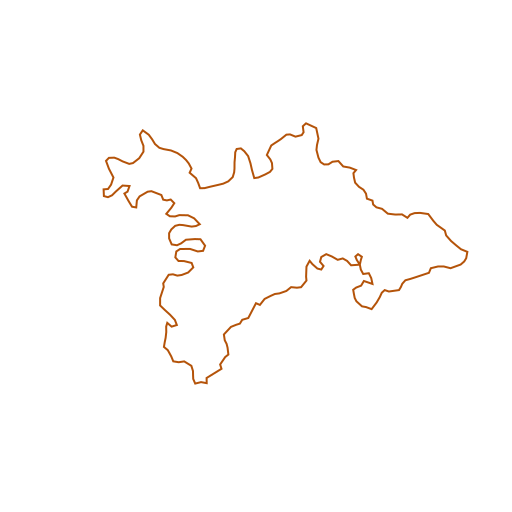 Itapejara d'Oeste, Paraná, Brazil (Natural Earth projection), rotated 303°
{"feature_id": "56859067B76387511794293", "entity_name": "Itapejara d'Oeste", "entity_type": "district", "adm_level": 2, "iso_a3": "BRA", "parent_name": "Brazil", "parent_adm1": "Paraná", "projection": "natural_earth1", "projection_center": [-52.828, -25.984], "detail": "fine", "context": "isolated", "style": "outline", "palette": "amber", "viewbox_px": 512, "rotation_deg": 303, "n_neighbors": 0, "source": "geoboundaries", "source_scale": "gbopen_adm2", "svg_char_len": 3511}
<svg xmlns="http://www.w3.org/2000/svg" viewBox="0 0 512 512"><g transform="rotate(303 256 256)"><path d="M305.3,347.8L301.7,351.3L299.3,355.7L303.0,360.0L300.2,364.7L296.0,368.9L293.8,360.1L288.4,360.3L284.1,357.2L280.6,355.9L277.8,358.5L274.6,361.6L272.7,364.9L271.5,372.3L273.1,376.1L274.4,381.9L282.7,382.5L289.0,382.2L293.7,381.5L297.5,382.5L298.6,386.8L305.3,394.5L308.9,394.4L312.4,393.8L317.0,394.5L320.8,397.9L324.6,401.0L336.1,410.2L341.0,409.3L346.4,414.4L349.5,419.2L351.7,425.8L360.3,432.3L364.8,433.6L368.6,433.5L374.6,431.0L373.3,424.2L373.9,418.4L374.8,411.5L376.8,404.3L380.2,400.5L380.4,395.8L380.6,390.6L382.1,385.5L385.0,377.6L381.5,370.1L378.3,365.6L374.7,362.8L370.5,362.2L370.4,355.8L366.6,350.2L363.3,343.5L364.2,336.0L362.4,330.5L363.0,326.2L365.9,323.5L364.5,317.8L368.2,314.3L370.1,310.0L370.1,304.7L371.5,299.2L375.2,295.4L378.5,292.6L382.6,293.1L381.2,286.5L378.6,280.4L380.5,273.4L376.7,268.8L372.3,266.8L369.9,263.3L369.9,259.1L372.5,254.8L377.9,248.9L382.3,246.7L388.4,244.5L396.1,236.8L394.5,225.7L390.3,224.6L385.7,228.5L382.3,228.5L377.6,224.1L376.5,218.3L374.3,215.4L367.6,213.2L364.5,211.9L361.0,210.3L357.0,208.6L346.6,210.1L344.8,215.4L342.6,218.8L338.0,222.3L334.1,221.9L329.4,219.3L323.1,215.2L320.4,212.1L326.0,205.7L330.7,200.9L335.5,195.0L337.5,189.1L338.0,184.7L335.2,181.5L331.7,182.1L327.2,184.7L323.0,186.9L317.5,190.4L314.3,192.1L309.5,193.5L303.5,192.1L298.8,189.1L295.1,185.6L289.0,179.7L284.9,175.9L282.4,172.2L285.8,167.7L288.6,163.3L289.7,155.0L294.2,154.3L297.0,149.2L298.4,145.1L299.3,140.5L299.5,134.0L298.2,127.2L295.3,120.2L294.1,116.0L294.9,110.3L297.3,105.3L299.3,100.0L299.7,92.6L294.6,92.5L290.6,96.7L287.1,101.6L282.2,104.8L278.0,104.8L274.4,104.8L266.9,102.2L264.2,99.5L262.7,92.6L262.2,87.6L261.3,83.6L258.2,79.2L254.1,78.4L249.1,85.1L244.2,93.7L236.9,95.6L231.6,95.4L228.9,91.9L223.4,95.8L224.7,99.8L228.5,102.2L233.6,103.3L242.4,105.7L245.8,111.8L240.0,113.2L236.7,111.6L232.7,119.2L229.8,125.2L231.5,129.1L237.8,125.8L242.6,125.9L250.9,130.1L253.4,133.0L255.6,143.4L252.7,147.5L254.1,151.0L256.9,153.7L255.8,158.7L250.3,158.7L242.5,157.8L242.4,162.1L245.1,166.6L248.5,169.4L253.1,176.8L253.9,183.6L252.0,191.5L248.4,189.3L245.6,186.0L242.2,178.0L240.4,174.7L237.3,171.8L232.2,170.5L227.8,170.7L223.4,173.6L219.8,179.0L222.0,183.9L225.8,186.3L231.5,188.4L236.9,195.5L239.8,200.3L236.9,207.7L231.5,208.8L228.1,204.7L226.0,196.8L220.5,188.5L216.4,186.7L210.9,189.1L209.6,193.7L212.5,198.3L215.1,205.8L212.3,209.6L205.2,208.1L199.6,204.0L196.7,200.7L195.4,196.3L192.7,193.0L182.5,193.1L179.8,195.5L168.5,198.5L162.3,202.5L161.0,209.3L159.9,216.0L158.2,222.8L155.0,227.2L150.8,223.7L151.6,218.0L147.9,219.1L143.3,222.2L138.1,224.8L134.0,226.4L129.6,228.3L129.0,233.3L125.7,239.5L122.6,244.0L124.8,249.0L128.5,253.2L128.7,261.6L125.2,265.8L122.1,267.9L118.7,270.3L115.9,274.5L120.3,278.6L122.5,283.9L126.8,281.0L142.6,288.5L145.5,285.0L154.5,285.2L158.3,286.5L163.6,282.1L166.3,279.2L168.3,275.7L172.7,271.8L177.8,272.7L182.9,273.6L187.6,276.9L190.5,279.3L195.0,279.2L199.8,283.3L216.4,281.7L217.1,285.9L224.7,286.6L230.5,290.0L234.4,292.5L237.4,296.0L243.2,300.5L249.0,302.4L251.7,307.6L254.4,310.8L262.9,311.7L265.9,309.3L274.6,304.1L281.2,303.6L279.9,307.7L278.9,314.3L280.2,318.1L284.4,318.1L286.0,312.8L290.7,311.3L295.8,313.9L296.9,319.8L297.3,326.6L301.2,330.1L301.5,335.1L300.0,340.8L305.3,347.8ZM305.3,347.8L307.5,342.8L309.7,339.6L313.1,340.6L313.0,345.2L309.7,346.1L305.3,347.8Z" fill="none" stroke="#b45309" stroke-width="2"/></g></svg>